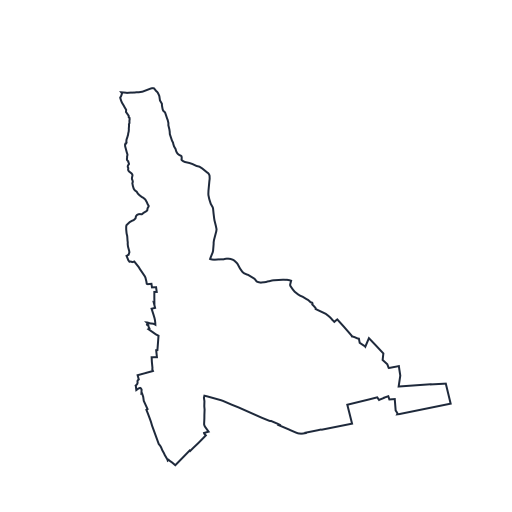 the district of Reci, Covasna, Romania, rotated 165°
{"feature_id": "2599482B11784451880113", "entity_name": "Reci", "entity_type": "district", "adm_level": 2, "iso_a3": "ROU", "parent_name": "Romania", "parent_adm1": "Covasna", "projection": "orthographic", "projection_center": [25.948, 45.804], "detail": "fine", "context": "isolated", "style": "outline", "palette": "slate", "viewbox_px": 512, "rotation_deg": 165, "n_neighbors": 0, "source": "geoboundaries", "source_scale": "gbopen_adm2", "svg_char_len": 6049}
<svg xmlns="http://www.w3.org/2000/svg" viewBox="0 0 512 512"><g transform="rotate(165 256 256)"><path d="M346.1,444.3L346.2,443.7L346.1,441.0L345.8,438.8L344.8,435.4L344.5,434.0L343.6,430.8L344.3,428.8L342.7,424.4L343.0,422.9L342.4,422.1L342.8,420.4L343.2,419.6L343.5,418.5L343.8,417.2L344.6,416.2L344.9,414.8L345.4,413.3L345.8,412.3L346.1,411.0L346.8,409.1L347.7,407.5L348.3,406.0L348.8,405.3L349.3,404.4L350.9,402.0L351.6,400.3L351.6,399.3L352.3,398.3L352.9,398.5L353.4,397.9L353.7,397.4L354.0,395.8L354.0,394.6L354.0,391.0L354.0,389.6L353.9,387.3L354.2,386.5L354.8,385.4L355.1,384.2L355.6,383.1L355.7,382.4L355.7,382.1L355.5,381.6L355.1,380.9L354.9,380.5L355.0,379.4L354.9,378.9L354.8,378.3L354.9,377.7L355.1,377.5L356.0,376.8L356.4,376.3L356.7,375.7L356.8,375.1L356.6,374.1L356.7,373.7L357.1,372.9L357.2,372.0L357.1,371.4L356.8,370.6L356.6,370.3L355.3,368.6L354.8,367.9L354.4,366.8L354.4,366.2L354.5,365.7L355.3,364.2L355.7,363.3L355.8,362.8L355.9,362.4L355.7,361.0L355.8,359.5L356.6,358.3L356.8,355.6L356.7,352.6L356.1,350.9L355.5,350.1L354.6,349.0L354.0,346.9L352.9,345.0L351.0,342.5L349.8,341.4L348.3,339.2L347.9,337.6L347.5,336.1L347.3,334.4L346.7,332.1L347.0,331.5L348.0,330.6L348.5,329.9L349.2,328.3L350.2,327.7L353.4,326.8L355.3,325.9L355.7,325.9L357.0,326.4L358.1,326.7L358.9,326.7L359.7,326.6L360.4,326.4L361.5,325.6L362.0,324.9L362.4,323.9L362.7,323.5L364.1,322.7L365.0,322.3L366.7,322.1L369.3,321.4L372.4,319.7L373.1,319.3L373.4,318.8L373.8,317.9L374.5,315.3L375.1,311.7L375.2,310.6L375.2,309.1L375.4,307.7L376.1,304.2L376.3,302.7L376.5,301.7L376.8,301.0L376.9,300.4L377.2,298.3L377.2,293.4L377.4,292.2L378.2,291.1L378.7,290.2L379.0,290.1L379.4,290.1L380.4,289.7L381.0,289.6L380.4,284.9L379.7,283.2L378.5,283.1L378.1,282.9L377.5,282.4L376.6,282.0L375.0,282.2L372.1,275.5L371.6,273.6L369.8,268.5L368.6,265.0L368.4,263.6L368.5,259.4L368.7,257.8L368.7,257.5L368.4,257.1L367.8,256.8L364.2,256.2L364.6,252.6L360.6,251.7L361.2,247.0L363.5,247.6L364.9,242.4L365.9,238.5L366.3,236.9L366.8,237.4L366.9,232.0L370.5,232.1L370.2,225.9L370.1,222.3L370.2,220.2L370.6,217.5L371.0,215.7L371.7,216.4L372.8,217.2L375.7,218.3L378.0,219.8L378.8,220.1L378.0,218.7L378.9,218.1L379.1,217.9L379.0,217.6L378.4,217.2L378.2,217.3L377.9,217.1L378.1,215.7L378.0,215.0L377.8,214.2L377.7,213.6L378.9,213.2L373.0,206.2L370.8,204.2L374.5,193.7L375.6,190.6L376.8,190.8L377.9,183.9L383.0,185.2L384.0,180.6L385.0,174.6L385.5,173.5L385.3,171.6L401.2,171.5L401.2,167.1L401.6,167.0L402.6,166.3L402.9,165.7L403.1,164.6L403.3,164.0L403.8,163.2L404.3,162.8L405.8,161.9L405.7,161.6L406.3,157.5L404.0,158.4L402.2,158.6L401.9,158.5L401.5,158.0L401.3,157.5L401.2,156.9L401.1,156.6L401.3,155.9L402.3,152.7L401.6,152.7L401.4,149.2L401.9,145.1L400.4,136.2L401.7,135.8L401.2,131.8L400.7,126.7L400.4,123.1L400.3,119.0L399.0,104.2L398.6,99.5L398.4,99.1L398.3,98.9L397.7,97.6L397.2,95.8L396.8,92.7L395.9,89.1L395.7,87.6L394.4,82.9L394.2,82.2L394.2,81.3L393.2,81.8L392.7,80.9L392.3,80.4L390.5,78.3L388.1,74.8L370.4,85.3L370.2,84.9L370.1,84.7L365.9,87.1L360.2,90.2L350.9,95.7L351.9,97.6L352.0,98.0L352.0,98.5L347.3,98.6L349.5,104.5L349.7,105.7L349.7,106.8L349.5,107.5L348.0,112.2L347.0,115.8L345.4,121.0L345.1,122.8L344.8,124.4L343.4,129.1L343.3,129.9L343.0,132.5L342.0,134.4L339.4,133.0L327.2,125.8L325.3,124.5L318.0,118.7L312.1,114.3L292.2,98.2L285.7,93.3L285.3,93.1L284.7,92.8L284.2,92.8L278.6,88.4L277.0,87.0L277.8,86.7L268.7,79.6L268.3,79.2L263.1,75.1L261.7,74.1L260.8,73.6L258.4,72.7L256.9,72.4L253.9,72.1L253.9,72.5L241.5,71.7L238.5,71.6L237.4,71.2L206.6,69.2L206.3,88.7L184.2,88.2L175.5,88.1L174.4,85.1L174.1,85.2L169.0,85.8L168.8,85.9L168.8,86.0L164.5,86.3L164.3,82.9L159.0,81.9L161.1,70.6L160.6,69.2L160.2,67.7L160.3,66.7L160.5,66.5L158.4,66.2L106.2,63.0L105.7,83.6L120.4,86.7L120.4,86.9L152.0,93.0L147.6,103.1L146.9,109.4L146.5,112.7L156.7,113.4L156.8,113.5L157.2,117.5L160.6,122.8L158.2,128.9L163.7,139.2L168.2,147.4L173.9,140.1L174.1,140.6L175.4,142.0L178.3,145.3L178.0,149.5L179.3,150.1L181.9,152.2L183.7,153.3L184.2,153.5L184.2,154.2L189.3,164.7L193.9,173.7L194.9,173.3L197.4,172.1L197.9,173.1L198.7,174.3L199.4,175.9L200.4,177.7L201.7,179.6L203.6,182.1L212.1,189.3L211.9,189.8L211.9,190.0L212.1,190.7L213.3,193.1L214.2,194.6L213.7,195.5L213.7,195.9L213.9,196.4L214.3,196.7L215.3,197.2L215.8,198.2L217.1,200.1L218.5,201.4L221.4,204.5L223.6,206.2L225.3,208.0L227.9,211.5L229.1,214.1L230.2,217.2L230.6,218.5L230.4,219.6L228.5,223.0L230.1,224.0L232.0,224.9L236.1,226.1L245.4,228.0L246.8,228.2L249.8,228.2L251.1,228.4L253.0,228.3L254.7,228.5L256.9,228.9L258.2,229.0L260.2,230.0L261.5,230.8L262.1,231.5L262.7,233.0L263.3,234.3L264.0,235.1L268.5,239.8L269.5,240.4L272.0,242.4L273.1,243.9L273.5,244.8L274.7,248.1L275.9,253.2L276.4,254.3L277.8,256.6L278.6,257.7L279.5,258.5L281.5,259.8L283.5,260.6L284.9,261.0L286.5,261.2L288.2,261.2L293.4,262.5L295.2,262.8L296.8,263.1L298.7,263.7L300.4,264.5L301.1,265.0L300.3,266.2L296.9,270.7L296.1,272.2L293.8,278.6L293.5,279.8L293.1,280.8L292.4,282.4L288.0,290.1L287.2,292.0L287.0,295.1L286.9,301.0L286.7,303.0L286.0,308.0L285.2,312.9L285.2,314.2L286.2,318.1L286.4,322.4L286.4,323.7L286.2,327.2L285.9,328.5L285.0,331.4L281.7,340.3L280.8,342.5L280.1,345.5L280.2,346.9L280.7,348.3L281.4,349.1L285.3,354.5L287.5,356.9L290.2,358.4L293.6,361.3L296.3,363.1L300.5,365.3L300.9,365.7L301.7,366.3L302.4,367.2L302.8,367.7L303.0,368.1L303.0,368.4L302.8,368.9L302.4,369.8L302.2,370.9L302.2,371.7L302.6,372.3L303.6,373.1L304.3,373.8L304.9,374.6L305.3,375.3L305.7,376.4L306.0,378.1L306.0,380.1L306.8,383.1L306.9,385.8L306.8,386.9L307.3,389.2L307.6,394.4L307.7,396.0L307.2,398.3L306.9,400.8L306.8,405.0L306.2,407.1L306.1,410.3L306.3,411.8L306.5,415.5L306.7,418.2L308.0,420.3L308.1,420.8L308.2,422.1L307.9,425.7L307.5,427.4L308.5,431.1L308.1,434.5L308.0,435.5L308.1,436.5L308.6,439.1L309.1,440.3L309.7,441.1L311.1,444.3L311.4,444.5L312.9,445.0L314.3,445.0L323.1,444.1L326.9,444.5L329.0,445.1L330.9,445.3L335.4,446.4L338.3,446.9L339.9,447.6L343.8,449.0L343.3,447.8L344.2,446.4L345.2,445.0L346.1,444.3Z" fill="none" stroke="#1e293b" stroke-width="2"/></g></svg>